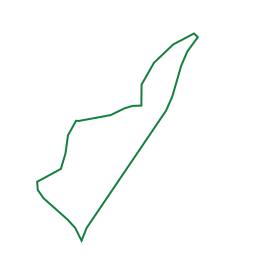 SVG path tracing the border of Saint Croix, rotated 313°
{"feature_id": "VIR-4870", "entity_name": "Saint Croix", "entity_type": "state/province", "adm_level": 1, "iso_a3": "VIR", "parent_name": "United States Virgin Islands", "parent_adm1": "", "projection": "robinson", "projection_center": [-64.734, 17.738], "detail": "fine", "context": "isolated", "style": "outline", "palette": "green", "viewbox_px": 256, "rotation_deg": 313, "n_neighbors": 0, "source": "natural_earth", "source_scale": "10m", "svg_char_len": 461}
<svg xmlns="http://www.w3.org/2000/svg" viewBox="0 0 256 256"><g transform="rotate(313 128 128)"><path d="M242.1,117.1L224.5,119.2L209.9,124.4L181.3,138.9L166.6,144.0L26.7,165.9L13.9,170.9L18.9,157.5L19.8,146.2L19.0,114.3L21.1,104.4L26.7,98.2L52.3,106.8L66.8,99.6L81.7,89.1L97.9,85.1L99.6,87.2L125.6,106.5L139.9,112.0L147.2,116.2L153.5,122.5L169.0,108.3L193.4,102.5L220.0,104.1L242.1,111.8L242.1,117.1Z" fill="none" stroke="#15803d" stroke-width="2"/></g></svg>